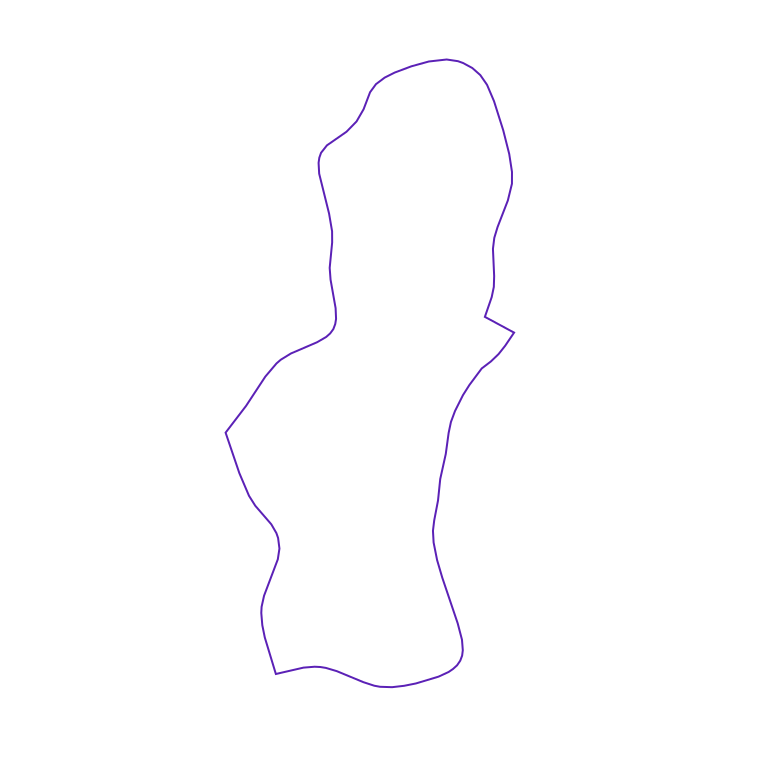 outline of Cayetano Germosén, Espaillat, Dominican Republic, rotated 163°
{"feature_id": "3306468B9406738878397", "entity_name": "Cayetano Germosén", "entity_type": "district", "adm_level": 2, "iso_a3": "DOM", "parent_name": "Dominican Republic", "parent_adm1": "Espaillat", "projection": "mercator", "projection_center": [-70.472, 19.336], "detail": "fine", "context": "isolated", "style": "outline", "palette": "violet", "viewbox_px": 768, "rotation_deg": 163, "n_neighbors": 0, "source": "geoboundaries", "source_scale": "gbopen_adm2", "svg_char_len": 1404}
<svg xmlns="http://www.w3.org/2000/svg" viewBox="0 0 768 768"><g transform="rotate(163 384 384)"><path d="M549.7,383.8L548.4,341.1L545.8,316.6L542.7,305.2L532.8,282.8L530.5,272.9L530.3,267.7L532.1,257.2L536.8,247.4L560.6,216.6L566.2,206.7L568.3,200.9L570.9,188.9L572.1,176.5L572.2,138.3L543.9,136.3L533.0,133.9L527.7,132.0L522.6,129.5L513.1,123.2L490.9,104.9L481.5,98.3L476.3,95.6L464.9,91.7L453.0,89.5L441.0,88.3L417.4,88.2L406.4,89.7L401.3,91.3L396.4,93.6L392.0,97.1L388.7,101.4L386.5,106.3L384.2,116.6L383.5,133.5L384.9,181.8L384.7,200.1L382.9,217.9L380.1,229.3L375.9,238.8L366.4,256.8L358.0,276.7L345.4,299.0L336.5,318.3L331.1,328.1L324.0,337.4L311.7,350.3L302.6,358.1L286.0,370.3L275.2,374.3L265.7,379.1L257.0,385.1L244.6,395.1L267.9,418.7L255.6,435.6L250.6,444.7L247.1,455.0L240.3,481.4L235.8,491.5L229.5,500.9L211.9,523.3L203.1,538.1L199.6,549.4L197.0,567.3L195.8,591.7L196.1,622.3L198.0,640.0L201.6,651.3L207.2,660.4L214.6,667.9L218.9,671.1L229.2,676.0L246.8,679.3L264.9,679.8L282.7,678.7L293.8,676.8L304.0,673.1L312.0,667.1L323.2,652.7L333.5,643.1L346.1,636.2L368.8,628.9L376.6,623.5L379.7,619.3L381.9,614.6L384.5,604.1L386.7,563.0L389.0,545.2L392.2,534.5L402.0,510.9L404.6,499.4L408.1,470.7L410.8,460.3L413.1,455.6L416.4,451.3L420.7,448.1L425.5,445.9L435.8,443.5L464.1,440.4L475.6,437.4L480.8,435.1L495.3,425.8L522.3,403.4L549.7,383.8Z" fill="none" stroke="#5b21b6" stroke-width="2"/></g></svg>